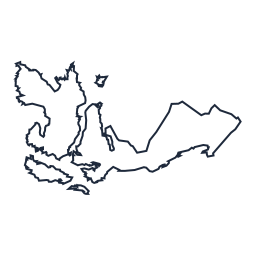 Vågsøy nor, Sogn og Fjordane, Norway (Mercator projection)
{"feature_id": "86288312B93640020116268", "entity_name": "Vågsøy nor", "entity_type": "district", "adm_level": 2, "iso_a3": "NOR", "parent_name": "Norway", "parent_adm1": "Sogn og Fjordane", "projection": "mercator", "projection_center": [5.158, 61.959], "detail": "fine", "context": "isolated", "style": "outline", "palette": "slate", "viewbox_px": 256, "rotation_deg": 0, "n_neighbors": 0, "source": "geoboundaries", "source_scale": "gbopen_adm2", "svg_char_len": 5629}
<svg xmlns="http://www.w3.org/2000/svg" viewBox="0 0 256 256"><path d="M105.5,128.5L105.6,133.2L104.1,133.5L104.2,134.4L110.6,136.3L112.3,141.6L112.3,144.9L113.9,148.4L113.8,149.7L111.8,150.7L110.2,149.9L109.7,144.6L108.6,144.1L108.1,139.7L107.0,139.5L106.6,137.3L105.4,136.1L102.5,135.6L102.1,130.7L101.4,128.9L101.9,129.2L101.6,127.6L102.1,126.5L101.7,123.6L100.3,122.2L100.3,118.9L99.8,117.7L100.5,114.9L99.0,113.8L98.7,109.8L100.1,108.1L99.9,106.9L101.4,105.6L101.5,104.2L100.4,103.6L101.2,103.4L100.0,102.5L97.5,104.2L97.9,104.8L97.0,104.6L98.3,107.9L95.4,105.1L96.6,104.5L92.5,104.1L89.1,106.7L85.7,110.8L85.3,112.5L86.2,120.2L85.6,128.6L82.9,132.1L82.6,135.8L80.5,141.8L80.5,143.7L77.8,146.4L76.2,146.4L76.5,149.2L77.7,152.3L80.0,153.4L81.0,155.1L77.2,154.8L76.3,153.1L75.9,154.3L75.6,152.5L73.6,151.2L72.9,154.3L73.9,155.3L73.0,155.4L73.2,160.4L71.7,162.2L78.5,165.6L77.9,165.2L82.3,164.2L84.5,165.0L85.8,164.0L89.7,165.8L90.1,165.5L89.0,164.7L91.1,165.6L94.5,164.0L92.9,163.9L92.9,162.8L92.3,162.5L93.2,162.2L99.6,163.9L100.0,164.8L99.0,166.0L98.1,164.2L95.5,164.6L95.6,165.9L96.7,166.0L97.1,167.5L94.9,168.5L94.4,170.6L93.4,169.8L94.0,168.8L92.5,168.0L88.7,169.6L84.3,168.4L81.5,169.0L83.3,171.7L85.7,172.4L84.9,174.1L86.0,174.1L85.5,174.9L85.9,175.6L84.9,176.4L89.1,178.1L87.6,178.7L87.8,180.3L90.8,178.4L92.4,182.0L94.2,182.9L97.3,182.1L97.7,181.4L97.2,181.2L97.9,180.8L102.0,180.3L101.4,179.6L101.6,178.1L104.5,178.4L104.4,177.0L105.4,174.7L107.0,173.4L107.2,171.9L113.2,166.9L119.3,169.9L118.6,170.8L124.6,170.9L134.7,170.0L143.9,167.2L146.3,167.7L149.6,171.1L152.6,171.7L158.5,168.9L159.6,166.7L162.8,164.9L165.6,164.3L163.1,165.6L162.6,167.1L166.4,165.7L168.8,163.1L168.9,161.5L168.2,161.2L175.4,157.6L177.4,155.2L178.3,156.1L177.4,157.1L179.9,155.9L178.7,155.7L180.3,153.4L177.7,154.5L178.4,152.6L188.6,150.2L191.8,147.7L193.5,148.6L194.6,147.1L203.3,145.0L207.6,145.6L207.9,147.3L208.7,147.3L207.9,149.5L202.8,151.5L202.1,152.8L206.7,152.4L206.9,154.7L207.8,156.6L213.5,155.5L213.1,153.3L231.0,132.7L235.3,129.3L240.6,121.6L237.9,117.5L236.4,118.5L231.4,114.2L220.2,110.3L214.7,105.1L211.4,108.3L208.8,113.7L205.0,113.6L201.3,115.2L182.3,101.6L178.4,103.7L171.6,103.9L169.0,111.9L156.3,132.0L149.7,140.3L146.4,150.9L137.1,152.7L132.8,146.2L130.9,145.5L127.9,141.6L119.1,140.4L117.4,138.8L110.4,126.0L105.5,128.5ZM20.2,62.1L16.1,63.7L16.7,64.2L16.5,65.9L18.2,65.5L20.6,68.9L16.9,73.2L18.2,73.7L17.5,75.7L16.6,75.9L17.5,76.6L15.7,78.5L16.3,78.5L15.4,80.9L15.8,81.2L15.6,86.0L17.6,86.3L18.0,88.3L18.9,88.3L16.9,90.5L19.4,91.6L20.1,94.1L23.1,95.4L16.8,97.2L16.9,98.1L19.0,99.3L18.6,100.8L19.3,101.9L20.5,101.1L22.4,101.8L23.1,102.7L22.5,104.1L24.2,103.2L25.2,105.0L32.3,103.7L43.4,106.7L44.8,109.2L44.9,112.2L44.3,112.4L45.5,114.1L45.1,115.8L49.6,118.6L49.3,123.7L48.7,123.9L48.6,125.0L46.0,125.8L45.2,127.4L45.0,130.7L43.9,133.3L44.2,135.7L43.4,136.8L40.2,134.7L39.8,132.5L40.3,128.2L38.9,124.1L36.8,122.7L35.3,123.2L35.5,124.3L30.7,129.5L29.4,129.6L29.2,133.4L26.8,135.1L27.2,135.5L26.7,137.0L27.2,137.1L26.7,137.9L27.1,139.0L26.7,139.0L27.7,141.5L26.8,142.1L28.2,144.8L29.2,145.4L29.8,144.3L32.0,144.1L32.4,146.4L34.6,145.9L34.5,147.1L37.3,148.0L36.7,149.4L35.6,148.9L35.9,151.5L37.9,150.8L39.3,148.7L40.3,149.3L40.8,147.9L43.0,147.4L43.0,149.3L40.8,150.2L42.6,151.8L42.4,153.2L46.1,152.0L46.6,152.7L46.4,154.6L48.3,155.8L52.7,154.0L55.1,155.7L56.2,158.4L59.4,159.9L59.7,158.5L63.1,156.2L68.5,154.2L69.7,155.5L70.6,155.0L70.9,152.6L68.3,153.9L68.0,149.9L68.8,149.8L69.1,147.7L69.8,147.3L69.4,146.9L74.1,142.5L75.0,139.1L78.8,134.0L78.5,132.6L80.1,130.3L79.8,126.6L78.4,124.2L78.3,122.4L79.8,119.5L79.0,119.2L79.7,118.2L79.2,117.6L80.6,116.7L77.4,116.3L77.9,115.9L77.2,115.7L77.5,113.9L76.8,113.7L77.3,108.4L78.1,107.5L77.7,106.6L85.1,103.1L85.6,100.4L85.2,97.1L83.8,94.6L83.6,91.5L80.4,89.5L81.1,87.9L79.2,85.2L79.3,83.3L79.9,82.8L77.0,82.1L76.6,78.5L77.0,78.5L77.0,75.5L77.6,74.2L73.7,70.9L74.0,66.4L72.6,66.8L72.9,65.7L72.2,65.6L73.0,63.2L70.9,64.7L70.9,66.9L70.2,67.1L70.6,69.1L69.7,68.2L69.0,70.6L66.8,70.1L68.0,72.6L67.3,73.9L67.9,76.0L67.4,77.3L67.5,79.2L65.5,79.2L64.9,77.4L64.4,79.6L63.1,78.4L62.0,79.4L60.9,78.8L60.7,77.5L59.9,77.7L60.3,78.4L58.7,80.1L56.3,77.1L55.2,78.1L57.7,82.8L60.4,84.8L59.5,87.5L57.6,90.0L54.7,91.4L49.5,84.9L47.7,84.4L46.7,81.7L41.6,78.5L40.7,75.6L41.3,74.2L39.8,74.6L38.7,72.6L35.7,70.0L33.2,69.7L33.3,68.9L33.2,70.4L29.3,70.5L28.8,69.4L29.3,69.2L25.8,66.9L25.2,65.3L20.3,64.3L20.2,62.1ZM33.0,156.1L30.6,155.4L30.9,158.9L26.6,157.3L26.3,158.8L27.2,158.4L27.4,159.7L26.5,159.7L24.9,165.1L27.4,167.2L26.0,167.3L26.4,168.8L31.7,170.2L31.4,171.7L29.4,172.9L34.4,174.7L35.4,177.3L38.0,178.0L39.0,180.7L46.7,180.0L48.4,180.3L48.8,181.7L51.5,181.8L55.2,180.2L58.7,181.2L59.2,179.4L60.5,179.3L61.4,180.5L59.4,181.4L60.0,182.3L58.7,181.8L59.1,182.7L63.0,183.0L63.2,183.9L70.4,180.7L72.2,177.4L67.0,176.6L67.8,174.8L63.8,173.6L63.8,172.7L60.2,171.0L60.0,169.7L56.0,169.3L53.1,166.3L50.4,166.0L50.2,167.2L48.4,167.5L45.0,164.4L39.8,162.3L38.9,162.3L40.0,163.4L37.3,164.0L37.4,163.1L35.4,161.5L35.9,161.1L34.3,161.2L33.1,159.4L33.0,156.1ZM75.0,185.4L74.1,186.4L71.7,186.1L68.6,188.9L76.0,188.5L74.9,189.8L82.5,190.5L83.8,191.4L83.1,191.8L84.4,193.3L86.1,193.9L88.1,193.9L87.5,193.0L88.7,191.1L84.4,186.8L80.9,185.4L77.4,185.2L77.4,186.1L76.8,185.2L75.9,186.2L75.0,185.4ZM100.0,77.4L99.2,75.5L98.2,76.6L98.6,77.7L96.9,76.8L97.9,79.9L97.0,79.9L96.5,82.1L95.5,82.7L99.1,84.8L98.4,85.2L98.8,86.1L102.1,86.6L102.7,85.8L101.3,84.9L103.3,84.7L103.7,83.0L102.7,82.4L103.0,81.5L104.0,81.4L106.9,76.6L102.6,77.2L102.8,77.9L102.2,77.0L100.0,77.4Z" fill="none" stroke="#1e293b" stroke-width="2"/></svg>